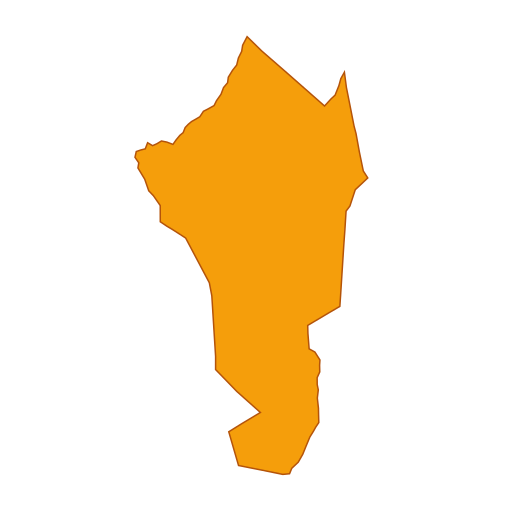 the district of Limoeiro, Pernambuco, Brazil, rotated 177°
{"feature_id": "56859067B67992367076064", "entity_name": "Limoeiro", "entity_type": "district", "adm_level": 2, "iso_a3": "BRA", "parent_name": "Brazil", "parent_adm1": "Pernambuco", "projection": "equal_earth", "projection_center": [-35.441, -7.838], "detail": "fine", "context": "isolated", "style": "filled", "palette": "amber", "viewbox_px": 512, "rotation_deg": 177, "n_neighbors": 0, "source": "geoboundaries", "source_scale": "gbopen_adm2", "svg_char_len": 1378}
<svg xmlns="http://www.w3.org/2000/svg" viewBox="0 0 512 512"><g transform="rotate(177 256 256)"><path d="M174.9,201.3L173.6,212.1L167.6,263.6L165.9,277.1L163.7,296.1L159.6,301.0L153.4,317.0L140.3,328.1L144.4,335.3L147.3,354.3L149.7,373.0L151.3,380.7L154.3,401.7L156.9,419.6L158.1,434.9L162.0,428.7L164.3,421.8L168.6,412.5L172.6,409.2L179.7,402.2L215.2,436.9L239.5,460.4L253.4,475.5L258.3,467.2L259.6,461.1L263.2,454.7L265.3,447.7L269.7,442.7L274.3,436.0L275.3,430.5L279.6,425.9L282.5,419.3L287.3,413.2L290.0,408.4L297.0,405.0L300.9,403.3L304.8,398.0L309.4,395.6L313.4,393.6L316.7,391.1L320.0,388.0L322.3,383.0L325.7,380.5L329.5,376.4L333.1,371.8L339.0,374.4L344.4,375.8L349.1,373.3L353.5,371.6L358.3,374.8L361.0,368.8L365.5,367.9L370.1,366.6L371.7,360.9L368.2,355.2L369.3,350.1L363.1,338.5L359.7,326.7L355.3,321.6L349.0,311.4L349.8,295.2L343.4,290.4L337.6,286.5L331.2,281.9L325.3,277.6L304.0,231.7L302.2,218.5L301.6,157.7L302.3,144.7L293.7,134.9L282.3,121.8L259.8,99.5L279.2,89.2L292.4,81.9L284.4,47.7L273.0,44.8L261.9,42.0L240.7,36.5L233.9,36.8L231.4,42.1L224.6,47.9L219.7,55.5L216.3,62.8L211.7,72.4L207.8,78.0L205.3,82.0L202.0,86.4L201.8,94.8L201.6,100.7L202.2,110.9L200.8,119.0L201.6,124.4L201.3,131.3L198.4,136.9L198.2,143.6L197.6,148.8L202.2,157.0L207.8,160.5L208.2,175.9L208.0,184.0L186.3,195.4L174.9,201.3Z" fill="#f59e0b" stroke="#b45309" stroke-width="1.5"/></g></svg>